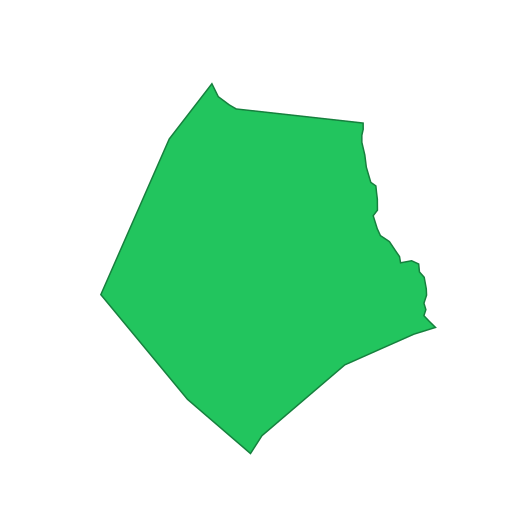 São Paulo do Potengi, Rio Grande do Norte, Brazil, rotated 63°
{"feature_id": "56859067B7948406347889", "entity_name": "São Paulo do Potengi", "entity_type": "district", "adm_level": 2, "iso_a3": "BRA", "parent_name": "Brazil", "parent_adm1": "Rio Grande do Norte", "projection": "albers", "projection_center": [-35.745, -5.935], "detail": "fine", "context": "isolated", "style": "filled", "palette": "green", "viewbox_px": 512, "rotation_deg": 63, "n_neighbors": 0, "source": "geoboundaries", "source_scale": "gbopen_adm2", "svg_char_len": 672}
<svg xmlns="http://www.w3.org/2000/svg" viewBox="0 0 512 512"><g transform="rotate(63 256 256)"><path d="M112.3,280.1L220.0,411.8L352.7,382.1L429.5,350.6L418.8,332.3L393.3,226.3L395.4,186.6L397.3,151.0L401.1,128.5L392.5,131.4L385.4,133.5L380.9,129.0L374.3,127.8L368.3,121.8L362.6,119.2L351.3,115.8L344.4,117.6L337.0,114.7L330.9,119.5L327.7,130.3L321.7,128.4L314.9,129.3L303.8,130.6L294.3,135.9L286.8,135.6L273.3,133.3L270.3,127.0L260.5,122.1L253.9,119.7L248.0,117.4L242.5,120.3L227.0,117.4L215.4,113.2L202.8,110.1L196.5,106.9L191.8,103.0L186.2,100.2L116.0,206.9L109.1,211.3L96.9,217.3L82.5,217.1L112.3,280.1Z" fill="#22c55e" stroke="#15803d" stroke-width="1.5"/></g></svg>